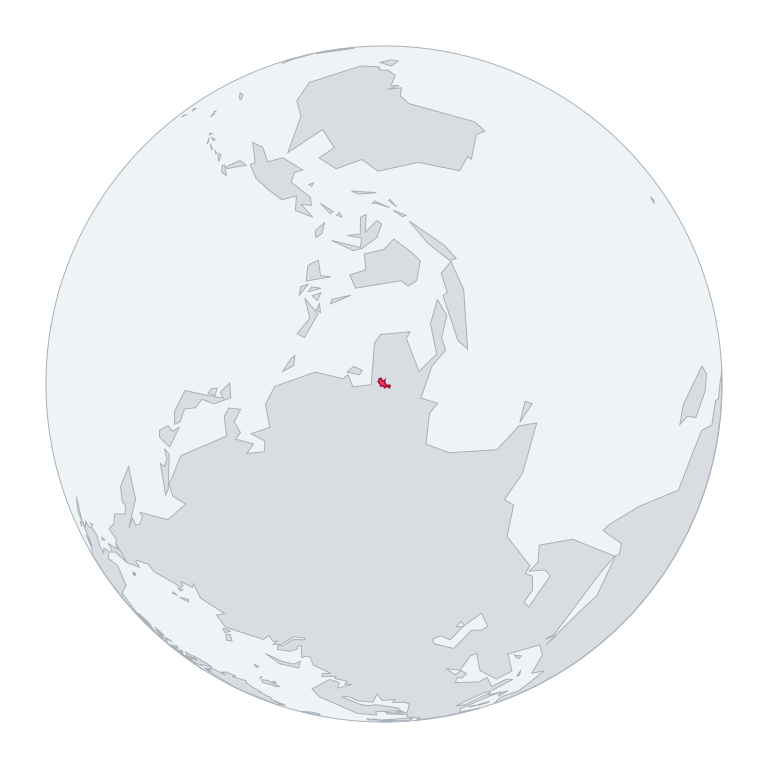 the Earth from above Bolikhamxai, rotated 213°
{"feature_id": "LAO-3292", "entity_name": "Bolikhamxai", "entity_type": "Province", "adm_level": 1, "iso_a3": "LAO", "parent_name": "Laos", "parent_adm1": "", "projection": "orthographic", "projection_center": [104.026, 18.483], "detail": "fine", "context": "on_globe", "style": "filled", "palette": "rose", "viewbox_px": 768, "rotation_deg": 213, "n_neighbors": 0, "source": "natural_earth", "source_scale": "10m", "svg_char_len": 12253}
<svg xmlns="http://www.w3.org/2000/svg" viewBox="0 0 768 768"><g transform="rotate(213 384 384)"><circle cx="384" cy="384" r="338" fill="#eef3f6" stroke="#a8b0b8"/><path d="M699.0,497.6L698.5,499.8L698.3,500.2L699.0,497.6ZM536.1,82.2L535.5,82.0L539.6,87.2L551.9,95.3L540.6,89.3L571.4,110.5L580.6,122.1L563.3,105.2L556.3,100.9L559.3,106.3L552.7,103.2L550.4,104.5L542.3,100.6L532.8,92.2L527.3,89.9L529.7,94.0L523.1,93.6L520.4,87.7L508.6,86.6L490.6,74.7L489.9,66.0L473.2,60.0L456.8,54.0L484.0,61.2L510.5,70.6L536.1,82.2ZM450.5,52.7L449.5,52.5L448.6,52.3L450.5,52.7ZM423.7,48.4L422.0,48.3L416.5,47.7L415.4,47.5L423.7,48.4ZM695.5,253.3L695.4,252.9L694.8,251.4L695.5,253.3ZM562.2,102.5L559.9,99.7L564.4,103.6L562.2,102.5ZM551.5,105.4L554.2,107.3L551.8,107.2L551.5,105.4ZM537.2,101.5L532.5,101.2L535.7,100.0L537.2,101.5ZM528.7,100.1L517.5,100.5L522.7,104.6L501.7,94.2L518.2,96.7L521.2,94.3L523.5,97.6L528.7,100.1ZM432.8,49.6L459.0,54.6L460.5,55.4L451.4,53.2L457.5,55.4L445.3,53.2L439.3,51.5L440.7,51.3L435.0,50.8L432.8,49.6ZM491.9,88.9L487.8,88.1L490.3,87.4L491.9,88.9ZM421.7,48.3L426.8,48.9L428.5,49.5L418.5,48.4L421.2,48.5L421.7,48.3ZM465.0,57.3L464.5,58.0L454.5,56.3L453.0,56.4L445.2,53.2L465.0,57.3ZM418.0,48.1L413.4,48.0L407.6,47.3L416.7,47.8L418.0,48.1ZM433.2,50.3L433.5,50.6L430.0,50.0L433.2,50.3ZM384.5,46.2L390.6,46.2L392.0,46.4L384.5,46.2ZM412.0,48.0L414.0,48.2L415.3,48.5L411.1,48.4L412.0,48.0ZM438.7,52.6L434.6,52.0L441.4,53.7L434.2,53.0L430.3,51.2L428.9,51.7L426.7,51.6L426.0,50.4L438.7,52.6ZM410.6,49.3L403.2,47.6L391.5,47.1L389.9,46.7L409.0,47.8L410.6,49.3ZM419.7,50.0L413.7,49.3L414.8,48.9L419.6,49.0L419.7,50.0ZM430.7,53.4L442.7,54.9L443.2,55.3L430.7,53.4ZM407.0,49.1L408.9,49.6L406.1,49.1L407.0,49.1ZM423.2,52.0L427.4,52.3L427.8,52.8L423.2,52.0ZM409.1,50.5L406.7,49.8L409.9,49.7L409.1,50.5ZM415.4,51.2L414.9,51.8L412.5,50.1L417.2,51.2L415.4,51.2ZM422.9,52.4L424.5,52.8L421.0,52.2L422.9,52.4ZM398.5,51.6L394.7,49.5L401.7,49.1L404.5,51.1L398.5,51.6ZM117.6,176.1L116.2,182.9L114.1,187.2L103.7,200.1L93.3,230.6L102.5,222.0L103.7,243.2L111.3,250.1L132.9,225.1L120.5,212.9L129.0,197.7L147.3,196.0L159.7,208.5L163.4,203.2L164.4,185.5L176.3,179.4L165.8,178.9L163.4,185.6L156.8,185.9L158.6,179.9L162.7,177.7L161.6,172.4L142.2,185.8L137.6,194.1L129.0,189.1L120.5,203.0L115.0,206.5L127.2,184.6L132.9,178.4L148.2,153.3L141.4,159.1L126.6,183.6L127.1,180.1L117.8,189.8L125.4,179.8L143.4,153.0L141.6,150.3L127.1,164.5L152.5,137.9L149.7,140.8L157.6,133.9L172.6,120.7L169.0,124.3L174.2,120.3L172.7,123.0L183.7,117.3L184.2,119.7L201.3,109.3L203.9,109.6L193.0,115.3L185.7,121.3L188.4,129.4L192.6,128.6L203.6,121.6L202.9,125.4L213.2,117.6L221.0,120.3L220.1,111.1L232.9,104.3L244.6,102.2L248.6,98.7L229.6,102.3L222.2,105.5L216.0,110.7L195.6,119.9L192.0,119.2L212.7,104.5L209.8,102.4L227.2,93.2L267.9,86.5L278.3,89.1L268.6,106.7L258.8,109.2L257.4,103.7L246.9,114.8L253.4,110.9L252.9,114.6L265.0,110.3L265.2,112.7L276.5,104.9L278.1,107.5L270.9,112.4L290.2,109.8L297.0,114.7L301.3,113.1L303.9,109.9L310.8,119.2L313.6,117.6L312.5,113.9L317.4,108.6L328.8,103.3L330.5,106.8L326.6,109.1L321.2,120.0L310.6,126.7L312.5,127.7L322.0,122.8L328.7,109.4L335.1,105.3L333.3,111.3L334.4,108.8L338.2,108.0L343.5,110.6L346.0,104.1L384.4,93.7L398.5,99.0L392.6,104.7L421.3,104.5L434.9,112.7L433.8,108.9L446.8,107.7L442.7,105.0L443.2,103.2L474.7,101.4L483.4,104.5L495.8,101.5L495.2,99.9L489.4,97.2L501.7,94.2L522.7,104.6L522.9,107.6L535.8,112.9L534.4,119.6L539.3,128.4L530.2,134.1L534.8,141.4L539.4,142.8L549.1,154.5L553.3,175.7L529.7,152.2L519.5,123.9L521.9,134.3L515.4,130.5L512.5,133.6L514.7,141.7L518.7,143.4L491.4,152.5L484.8,175.3L499.9,174.9L509.6,182.8L515.2,213.5L487.6,254.6L500.2,269.6L501.2,279.2L490.5,284.7L488.9,270.6L477.9,265.1L478.6,256.9L461.0,262.5L461.2,251.1L447.4,262.0L452.9,271.3L468.4,269.8L456.3,285.4L472.3,302.4L474.3,322.4L448.1,356.6L421.0,366.1L419.4,372.4L408.6,364.6L394.3,376.5L414.4,413.3L413.8,423.7L390.6,442.0L390.1,434.3L361.5,413.7L356.1,437.9L377.8,459.8L385.2,483.9L368.5,475.5L360.9,454.1L350.8,446.2L353.6,425.0L345.4,392.4L328.5,396.9L329.9,384.1L316.0,356.4L291.8,361.9L253.4,390.5L247.9,422.5L234.7,434.5L219.2,384.5L220.0,352.5L209.5,353.2L197.6,323.0L162.7,311.1L162.2,302.1L154.7,303.6L147.0,291.8L147.9,277.6L141.2,275.7L140.0,313.5L147.7,315.8L160.2,306.1L158.0,318.8L166.0,333.4L141.3,356.5L96.9,365.3L100.0,340.6L104.9,266.5L108.9,260.2L109.2,259.4L109.8,257.9L102.5,267.6L105.9,253.8L95.3,302.5L90.2,322.1L96.2,366.4L93.8,369.2L97.9,379.5L120.3,380.4L118.8,388.2L103.7,419.7L79.2,455.6L86.8,490.7L92.3,518.1L86.7,528.2L96.9,550.7L95.4,553.8L101.7,565.8L106.0,575.1L108.6,579.9L95.4,559.8L83.6,538.8L73.4,517.1L64.7,494.6L57.6,471.7L52.2,448.2L48.5,424.5L46.5,400.5L46.2,376.5L47.6,352.5L50.6,328.6L55.4,305.1L61.9,281.9L69.9,259.3L79.6,237.3L90.8,216.0L103.5,195.6L117.6,176.1ZM165.1,237.4L177.5,245.0L185.1,225.1L190.5,226.7L191.1,219.8L185.6,223.7L189.1,205.6L199.2,203.8L204.4,196.3L200.5,193.5L181.5,200.1L176.3,225.4L167.9,230.8L165.1,237.4ZM204.4,98.5L199.5,102.0L193.6,105.5L193.2,105.1L201.6,99.7L204.4,98.5ZM194.0,106.4L214.7,93.4L215.8,94.0L211.7,95.7L210.3,97.4L203.3,100.7L184.1,115.1L177.7,119.3L180.3,114.7L183.0,113.4L187.6,109.7L194.0,106.4ZM265.6,67.9L274.6,64.7L265.4,69.7L258.1,72.3L257.1,71.4L265.2,67.9L265.6,67.9ZM409.1,47.0L409.3,47.1L404.6,47.0L400.1,46.8L401.3,46.6L394.4,46.5L392.7,46.2L387.2,46.2L379.0,46.1L409.1,47.0ZM334.8,49.7L336.2,49.5L342.2,48.7L343.1,48.6L337.2,49.4L347.4,48.1L347.3,48.3L358.7,48.1L373.4,47.4L377.9,47.7L372.2,48.1L380.7,48.3L372.9,49.6L376.0,50.1L371.3,52.3L358.4,53.6L362.8,54.2L359.5,56.5L348.9,58.3L352.1,56.0L338.1,60.0L336.2,58.0L334.7,58.6L329.2,58.1L319.8,58.8L320.5,57.7L316.6,58.6L312.8,58.6L307.6,59.5L307.1,58.2L300.7,59.5L304.1,58.2L293.2,60.8L301.0,58.5L296.9,58.9L291.5,61.0L298.9,57.0L334.8,49.7ZM396.8,52.2L381.8,53.1L373.4,52.8L385.0,49.2L383.3,48.6L390.5,47.3L402.5,48.0L399.3,48.2L399.1,48.7L395.4,48.2L398.1,49.0L393.9,49.5L394.9,50.3L389.7,50.3L396.8,52.2ZM118.3,184.0L117.8,186.1L118.6,187.9L112.8,194.4L118.3,184.0ZM130.1,165.7L130.7,166.1L122.8,175.2L123.3,173.5L130.1,165.7ZM137.7,159.1L131.3,165.4L135.0,160.9L137.7,159.1ZM194.2,115.7L195.7,116.2L193.2,118.1L189.3,120.0L194.2,115.7ZM307.0,73.3L310.2,71.1L312.2,71.1L323.4,67.5L325.7,69.3L319.8,72.1L307.0,73.3ZM127.0,227.7L120.8,230.8L121.4,227.1L123.4,226.7L127.0,227.7ZM113.5,211.6L113.4,218.6L111.9,213.3L113.5,211.6ZM311.3,74.6L315.7,72.8L314.1,74.9L311.3,74.6ZM327.9,70.5L327.2,72.6L327.3,69.1L327.9,70.5ZM255.6,682.4L262.6,686.1L258.0,685.2L255.6,682.4ZM121.7,529.6L127.2,572.2L118.8,568.0L110.7,552.8L104.2,525.6L111.9,522.2L113.8,511.2L121.7,529.6ZM469.9,539.3L479.9,540.5L479.5,542.0L469.9,539.3ZM459.5,534.4L471.0,534.7L457.4,537.5L459.5,534.4ZM475.5,534.9L487.2,531.9L492.2,529.5L491.3,532.5L475.5,534.9ZM451.7,534.4L408.8,533.2L391.8,528.6L395.9,523.4L423.4,525.8L451.7,534.4ZM394.5,523.2L368.5,506.5L332.9,458.8L345.7,460.7L382.9,490.5L380.5,495.1L396.3,508.0L394.5,523.2ZM457.3,496.9L454.8,510.9L431.2,509.3L420.4,506.8L413.0,488.4L417.2,479.3L426.0,479.9L460.0,448.9L472.0,456.7L461.5,470.0L471.3,482.4L457.3,496.9ZM249.2,425.8L256.1,446.2L249.0,448.3L249.2,425.8ZM473.7,426.7L460.0,440.6L472.5,422.0L473.7,426.7ZM480.9,409.1L481.9,416.2L476.2,409.4L480.9,409.1ZM419.2,382.2L409.9,383.5L409.6,378.5L421.4,373.9L419.2,382.2ZM475.7,339.4L475.9,354.2L474.2,359.2L469.8,350.3L475.7,339.4ZM336.9,93.4L318.8,95.7L307.2,100.0L303.1,105.8L301.1,99.3L319.0,92.6L336.9,93.4ZM378.3,93.0L381.9,88.8L385.6,90.7L385.3,91.9L378.3,93.0ZM376.8,90.4L371.4,85.6L376.8,83.4L380.0,87.6L376.8,90.4ZM340.7,78.3L335.2,78.6L336.6,76.8L340.7,78.3ZM620.7,624.3L621.2,624.5L611.6,633.7L599.8,643.8L591.7,649.4L620.7,624.3ZM548.0,662.5L551.1,654.6L562.3,651.7L554.7,659.7L548.0,662.5ZM628.7,616.4L637.4,606.7L644.1,597.0L638.9,605.1L641.7,602.6L622.9,622.9L628.7,616.4ZM516.2,632.6L450.9,653.2L437.3,651.1L442.4,643.5L433.1,620.0L437.7,620.5L436.7,604.1L476.1,588.5L504.9,559.3L525.0,560.1L541.3,538.4L561.5,538.3L554.4,555.2L574.1,563.9L590.7,525.7L599.3,563.0L611.4,574.1L610.8,596.3L576.9,637.9L560.6,647.4L559.0,644.7L551.8,649.2L542.8,649.1L540.7,638.1L533.5,642.5L541.8,632.8L530.7,641.9L527.4,634.7L516.2,632.6ZM658.8,544.5L660.9,544.7L663.1,549.8L659.8,550.0L658.8,544.5ZM693.4,508.5L693.5,511.0L691.6,513.1L693.4,508.5ZM698.3,500.2L696.1,503.1L699.0,497.6L698.3,500.2ZM674.1,518.2L674.8,520.2L673.8,521.4L674.1,518.2ZM673.3,517.8L675.1,513.5L674.4,517.4L673.3,517.8ZM664.5,500.4L666.1,498.0L666.6,499.4L664.5,500.4ZM494.6,540.4L508.8,529.3L516.3,528.1L494.6,540.4ZM662.7,496.7L658.9,497.3L659.5,495.1L662.7,496.7ZM663.2,491.7L663.0,488.8L664.9,495.2L663.2,491.7ZM656.3,486.8L660.7,491.0L655.7,487.6L656.3,486.8ZM653.5,488.2L650.1,486.6L650.4,485.6L653.5,488.2ZM612.6,499.4L625.6,515.1L614.6,516.4L602.5,507.0L592.0,518.6L568.9,519.2L574.5,512.3L571.6,502.6L547.2,500.5L542.3,494.3L551.1,489.4L534.7,485.1L552.7,481.2L559.9,494.1L570.0,482.9L587.0,484.0L603.2,486.8L615.8,495.1L612.6,499.4ZM552.4,510.5L555.5,510.3L552.7,514.4L552.4,510.5ZM643.7,480.6L648.5,486.0L647.9,487.8L645.4,487.3L643.7,480.6ZM618.8,492.4L632.5,479.5L635.6,479.1L626.5,492.9L618.8,492.4ZM629.4,472.8L635.6,473.4L638.7,479.1L637.4,480.9L629.4,472.8ZM515.7,500.0L514.9,503.7L510.2,501.0L515.7,500.0ZM521.9,497.6L536.1,501.0L520.5,500.8L521.9,497.6ZM478.0,485.6L482.3,494.3L495.8,488.5L485.5,496.8L494.5,511.0L491.3,516.5L482.4,501.1L479.0,517.2L473.0,516.9L469.9,503.1L476.0,486.2L482.0,479.2L506.2,475.9L478.0,485.6ZM521.8,486.8L518.0,476.7L520.8,469.7L525.0,475.0L521.8,486.8ZM506.6,452.1L496.2,440.3L487.0,445.0L505.4,428.0L512.4,442.1L506.6,452.1ZM497.5,425.9L488.9,430.1L497.6,420.3L497.5,425.9ZM486.6,426.1L485.4,417.7L492.3,418.8L486.6,426.1ZM502.0,426.2L503.3,411.9L506.9,420.2L502.0,426.2ZM482.0,399.0L497.1,412.7L477.7,406.9L476.0,379.6L484.2,378.9L482.0,399.0ZM521.8,289.7L519.3,282.2L526.4,280.4L526.1,286.0L521.8,289.7ZM547.3,270.2L527.5,277.6L511.2,284.6L516.7,288.0L513.9,300.8L505.1,289.0L515.8,274.8L528.3,272.0L529.2,261.5L537.8,254.3L534.4,241.5L537.8,236.1L544.8,247.1L547.3,270.2ZM532.3,236.2L529.5,214.4L543.4,217.3L547.1,222.8L542.6,231.3L535.5,229.2L532.3,236.2ZM532.9,210.2L526.0,208.2L507.4,177.7L506.9,172.3L528.4,195.6L523.1,195.2L525.2,202.6L532.9,210.2ZM489.6,89.9L487.9,88.3L491.6,89.8L489.6,89.9ZM440.6,101.8L441.9,99.6L446.2,101.0L440.6,101.8ZM447.7,94.7L442.0,94.5L447.3,93.2L447.7,94.7ZM429.3,94.8L439.3,93.8L430.8,96.9L429.3,94.8Z" fill="#d9dde1" stroke="#a8b0b8" stroke-width="1"/><path d="M380.9,384.4L380.5,384.2L380.4,384.2L380.0,384.3L379.8,384.4L379.7,384.5L379.6,384.8L379.9,385.0L379.6,385.2L379.5,385.3L379.3,385.3L379.2,385.3L379.1,385.5L379.0,385.9L378.9,386.0L378.7,386.0L378.8,386.0L378.7,386.0L378.6,385.8L378.5,386.0L378.4,386.1L378.2,386.0L378.3,385.9L378.3,385.7L378.2,385.4L378.0,385.2L377.7,385.1L377.8,384.8L377.7,384.5L377.6,384.4L377.3,383.8L377.6,383.7L378.7,383.8L379.2,383.7L379.9,383.7L380.3,383.6L380.7,383.4L380.9,383.2L381.0,383.1L381.1,382.9L381.1,382.6L381.0,382.3L381.0,382.1L381.0,381.9L381.0,381.7L381.0,381.4L381.3,381.3L381.5,381.2L381.7,381.5L381.9,381.5L382.0,381.6L382.3,381.8L382.6,382.0L382.8,381.9L383.0,381.7L383.4,381.7L383.9,382.0L384.0,382.0L384.4,382.0L384.5,382.0L384.7,381.8L384.8,381.7L385.0,381.4L385.2,381.2L385.3,381.0L385.3,380.8L385.2,380.6L385.3,380.4L385.5,380.5L385.8,380.7L386.1,381.0L386.3,381.1L386.5,381.1L386.9,381.5L387.0,381.6L387.4,381.9L387.5,381.9L387.6,382.0L387.8,382.1L388.1,382.2L388.3,382.3L388.7,382.2L388.9,382.3L389.0,382.5L389.3,382.5L389.7,382.7L389.8,382.7L390.0,382.7L390.2,383.0L390.4,383.1L390.3,383.3L390.2,383.3L390.0,383.6L389.9,383.9L389.9,384.2L390.0,384.3L390.3,384.6L390.3,384.8L390.4,385.0L390.7,385.2L390.7,385.3L390.8,385.4L390.8,385.8L390.5,386.2L390.3,386.5L390.2,386.9L390.0,387.1L389.7,387.2L389.1,387.1L388.9,387.0L388.7,386.8L388.5,386.6L388.3,386.4L387.7,386.1L387.3,385.7L387.1,385.7L386.9,385.5L386.7,385.6L386.3,385.8L386.1,386.1L386.0,386.4L385.9,386.6L385.5,387.4L385.4,387.7L385.3,387.3L385.0,386.8L385.0,386.7L384.6,386.4L384.5,386.2L384.2,385.6L384.0,385.1L383.9,385.0L383.7,384.9L383.3,385.0L383.2,385.1L382.9,385.0L382.8,384.9L382.7,384.9L382.2,384.8L381.8,384.6L381.7,384.5L381.3,384.4L381.2,384.4L380.9,384.4L380.9,384.4Z" fill="#f43f5e" stroke="#9f1239" stroke-width="1.5"/></g></svg>